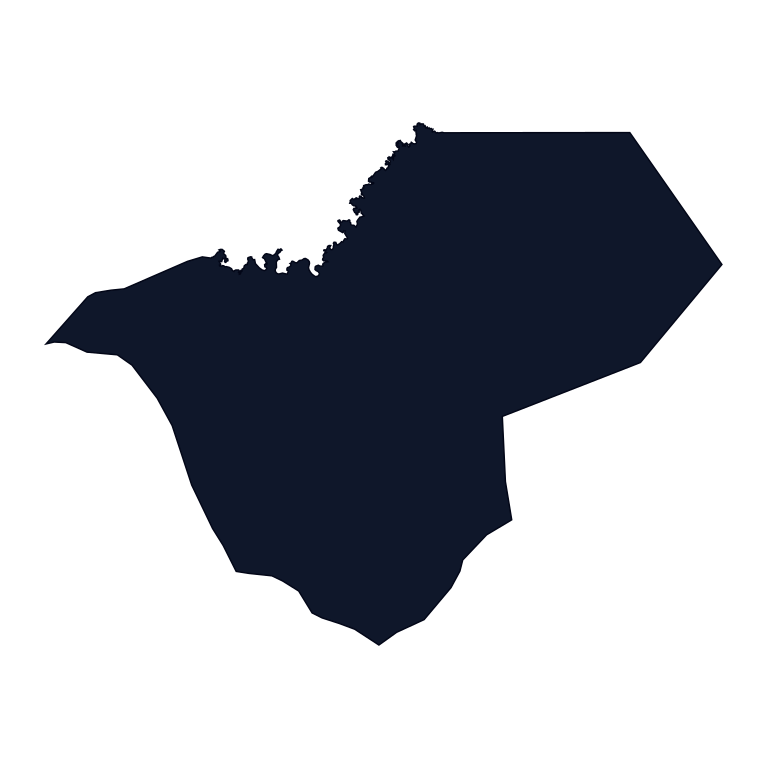 the district of Abadam, Borno, Nigeria
{"feature_id": "59680162B89355923746110", "entity_name": "Abadam", "entity_type": "district", "adm_level": 2, "iso_a3": "NGA", "parent_name": "Nigeria", "parent_adm1": "Borno", "projection": "mercator", "projection_center": [13.226, 13.367], "detail": "fine", "context": "isolated", "style": "filled", "palette": "ink", "viewbox_px": 768, "rotation_deg": 0, "n_neighbors": 0, "source": "geoboundaries", "source_scale": "gbopen_adm2", "svg_char_len": 6126}
<svg xmlns="http://www.w3.org/2000/svg" viewBox="0 0 768 768"><path d="M236.2,571.4L249.0,573.4L271.9,575.8L282.5,580.9L298.7,591.0L312.1,612.9L322.1,617.9L338.8,623.3L354.7,629.2L378.9,645.0L396.6,632.3L424.1,619.6L451.0,587.6L459.9,571.1L462.7,560.0L486.6,534.8L511.7,519.8L505.4,481.6L502.3,416.4L640.4,362.5L721.9,264.5L629.8,132.6L444.0,132.8L442.1,132.3L438.8,133.0L437.4,132.6L436.2,133.0L434.7,131.2L432.4,131.9L432.2,131.2L432.9,129.3L432.2,129.4L431.3,128.5L429.7,128.7L429.0,127.8L428.4,128.3L427.4,128.3L427.2,127.1L425.9,127.9L425.1,125.8L424.3,126.3L423.4,124.0L421.1,123.9L420.1,124.6L419.8,123.1L418.3,123.0L417.2,124.1L417.0,126.2L414.1,126.2L413.6,126.7L414.4,128.4L413.6,129.6L414.9,130.9L416.1,130.4L416.0,133.0L416.6,133.9L416.2,134.6L416.6,135.7L415.2,140.0L416.6,142.2L416.2,143.5L414.8,143.9L413.3,143.7L411.3,142.3L410.8,143.5L409.9,144.5L409.4,144.1L408.9,144.4L410.0,145.9L409.1,146.9L408.5,147.0L407.0,144.3L407.2,143.6L406.6,143.0L404.2,144.3L404.0,144.9L404.9,145.1L405.1,146.2L402.5,146.0L402.9,144.7L402.4,144.0L402.9,143.4L401.0,141.8L400.3,140.6L399.7,141.1L399.1,140.6L397.4,141.5L398.0,142.5L397.2,142.3L397.0,142.9L396.3,142.8L396.1,143.2L396.3,143.6L397.1,143.1L397.8,143.6L397.3,144.4L397.7,145.0L396.2,145.2L397.3,147.1L398.0,147.5L399.1,146.8L399.2,148.3L397.9,151.2L396.0,151.1L394.7,151.9L393.6,151.8L394.6,153.3L394.0,154.3L393.0,154.2L392.7,155.5L393.4,155.9L393.4,155.1L394.1,154.6L395.1,155.8L394.0,156.7L392.8,156.5L393.5,158.3L393.3,159.6L392.4,158.6L392.2,157.0L391.2,157.1L390.7,158.0L389.3,157.0L389.1,157.9L388.6,157.3L387.8,157.8L388.2,159.5L390.0,160.4L390.4,162.0L389.6,163.4L390.0,164.5L389.4,164.7L388.7,163.6L388.9,162.7L388.0,161.4L386.2,160.8L385.7,161.3L386.4,162.5L385.4,163.7L385.5,164.6L385.9,164.4L386.8,164.8L388.2,164.2L388.9,165.4L387.8,167.9L386.9,168.3L386.7,169.3L385.4,170.4L383.5,168.3L382.1,167.4L381.3,167.4L380.8,167.9L381.3,168.5L381.0,169.0L377.9,171.4L375.6,172.3L372.9,176.2L371.9,176.1L371.4,176.5L372.1,176.9L371.9,177.5L370.2,177.7L368.8,178.5L368.5,181.2L369.5,182.0L370.8,181.9L371.5,182.6L373.5,182.7L373.7,183.1L373.4,183.6L372.7,184.0L371.7,183.9L371.6,184.4L370.9,184.6L368.5,184.1L367.6,184.8L366.1,184.7L363.7,185.6L363.9,186.5L363.4,187.0L363.6,187.4L363.1,187.6L363.5,188.5L363.0,188.5L361.7,189.5L360.7,189.7L361.9,193.1L361.3,193.9L361.4,194.3L361.8,194.7L362.4,194.4L363.3,195.8L364.1,196.4L364.4,198.1L363.6,198.3L362.5,197.7L361.7,197.7L361.1,196.4L360.4,196.5L359.9,196.0L359.4,196.5L359.5,197.8L359.0,198.9L357.8,198.4L357.1,198.8L356.5,197.9L356.0,197.9L355.7,198.3L356.0,198.9L355.5,199.1L354.6,198.9L353.9,199.6L352.3,198.5L350.2,200.5L350.3,201.8L349.8,203.2L351.3,203.2L352.3,204.8L353.8,205.8L355.6,205.9L355.9,206.9L356.7,207.2L356.8,208.2L353.9,208.4L353.3,209.6L354.7,212.5L356.5,213.2L356.5,213.7L356.0,213.9L356.3,214.7L357.2,214.8L357.7,214.4L358.0,212.3L359.2,212.1L359.1,209.7L359.9,209.3L360.8,210.3L361.4,213.4L362.4,213.7L362.6,214.4L364.0,216.0L361.2,217.0L360.0,217.1L358.1,219.5L356.9,221.4L357.5,224.1L356.0,227.1L353.9,225.3L351.7,225.2L350.7,224.5L350.7,222.9L349.8,222.0L349.8,220.4L349.5,220.0L348.8,219.9L347.2,221.1L343.3,220.6L342.3,221.2L341.9,222.1L341.0,222.4L340.5,222.0L340.0,220.4L339.4,220.0L338.0,220.6L338.0,221.4L340.2,223.8L340.6,225.2L339.6,227.2L338.3,227.7L337.9,228.4L338.5,230.2L342.7,232.6L343.2,232.3L343.8,230.7L345.3,231.0L344.7,233.3L347.6,238.2L346.7,239.1L345.1,238.7L344.6,239.0L342.8,242.2L341.6,241.7L339.7,243.7L337.4,245.0L336.8,244.8L335.8,242.4L334.1,242.2L333.4,243.2L334.0,244.8L333.4,246.1L333.4,247.6L332.8,249.0L331.9,249.7L330.7,249.5L329.8,248.2L329.7,247.6L330.7,245.6L329.1,245.5L327.6,246.4L327.4,247.9L326.0,250.3L325.0,249.8L323.9,250.0L323.8,250.6L325.1,250.6L325.1,251.9L326.6,252.5L326.2,252.9L324.8,252.9L323.2,255.3L323.7,257.7L322.9,258.4L322.6,259.8L323.8,260.9L325.8,260.5L326.6,261.4L327.4,261.1L328.0,261.7L325.5,262.1L323.4,263.3L322.8,264.2L323.0,265.7L322.6,266.2L320.0,266.1L318.3,265.2L315.8,266.2L315.2,266.9L315.0,269.5L316.3,270.7L318.1,271.5L319.3,273.2L319.4,273.9L318.8,275.2L317.6,276.3L315.2,276.6L312.0,274.2L310.3,272.1L308.9,269.5L308.5,267.5L309.5,263.4L309.3,261.7L308.1,260.0L305.6,258.5L304.1,258.6L302.0,260.1L299.3,260.5L296.9,262.9L294.8,262.5L293.7,261.6L292.3,261.2L291.8,261.4L291.1,263.0L290.1,263.5L290.8,264.0L290.8,265.8L289.1,267.1L287.5,267.6L287.0,268.4L286.9,270.1L288.1,271.0L288.4,271.6L287.0,274.2L282.5,273.1L278.7,274.1L276.5,273.2L275.5,271.6L275.2,270.3L275.4,269.1L276.5,267.4L276.3,261.9L277.8,259.7L279.5,259.2L278.8,257.2L277.8,255.9L277.5,254.5L278.4,253.2L279.9,252.3L280.7,250.9L282.0,250.1L280.9,248.9L279.8,249.7L278.0,249.3L276.6,251.4L275.7,253.5L273.3,255.5L272.3,255.6L270.1,254.5L266.5,253.7L265.2,254.1L263.6,255.8L262.6,257.6L264.5,258.8L266.0,262.1L267.0,263.1L266.7,264.6L266.4,264.6L266.6,263.9L266.0,263.5L264.6,264.7L264.9,266.8L266.4,267.4L266.8,268.3L265.6,270.2L264.4,270.6L262.4,270.1L259.3,267.9L255.4,263.6L254.6,259.6L253.3,259.9L251.8,258.0L251.7,257.0L250.5,256.8L248.0,257.7L247.7,259.0L248.4,261.0L248.0,262.5L247.4,263.2L247.3,264.5L245.8,264.6L244.3,265.8L243.8,268.2L242.1,269.2L241.9,271.4L241.1,271.7L241.6,271.0L240.9,270.5L239.9,271.5L240.8,272.9L240.2,274.2L239.3,274.3L239.5,273.0L238.5,272.5L239.2,270.8L238.6,270.0L235.8,270.0L234.4,270.7L233.9,271.5L232.3,270.4L231.5,268.7L229.1,267.3L226.1,266.6L224.9,266.9L223.8,265.8L222.5,265.6L221.1,266.5L219.6,265.9L219.5,265.1L220.6,265.1L220.6,264.0L219.0,261.3L220.1,261.2L221.7,261.6L222.7,258.2L223.6,258.8L225.1,259.0L224.6,261.4L225.2,262.4L225.8,262.4L226.5,261.3L227.9,260.8L228.0,260.1L227.6,258.8L226.8,259.1L226.5,258.2L225.3,257.6L225.9,256.4L225.6,255.4L223.7,253.8L223.6,252.6L224.4,251.6L224.2,251.1L222.1,249.4L220.3,249.4L219.0,249.9L220.1,251.0L220.0,251.5L217.6,252.3L214.9,256.0L213.3,256.7L213.1,257.4L211.6,257.4L211.0,258.1L202.3,256.9L187.4,261.4L124.1,288.9L111.0,290.2L95.5,292.7L87.8,296.8L46.1,343.9L54.2,342.0L65.8,342.6L87.0,352.1L117.3,354.8L132.0,365.1L157.2,398.2L172.2,425.6L191.7,485.0L212.6,528.5L223.2,545.5L236.2,571.4Z" fill="#0f172a" stroke="#020617" stroke-width="1.5"/></svg>